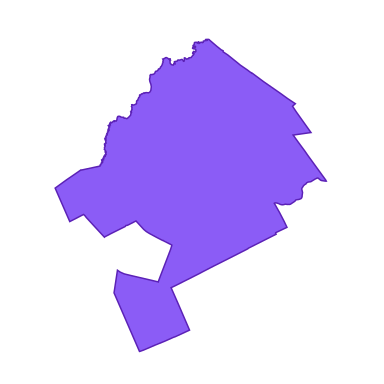 outline of Cosmesti, Teleorman, Romania, rotated 260°
{"feature_id": "2599482B87533780865564", "entity_name": "Cosmesti", "entity_type": "district", "adm_level": 2, "iso_a3": "ROU", "parent_name": "Romania", "parent_adm1": "Teleorman", "projection": "equal_earth", "projection_center": [25.395, 44.317], "detail": "fine", "context": "isolated", "style": "filled", "palette": "violet", "viewbox_px": 384, "rotation_deg": 260, "n_neighbors": 0, "source": "geoboundaries", "source_scale": "gbopen_adm2", "svg_char_len": 6078}
<svg xmlns="http://www.w3.org/2000/svg" viewBox="0 0 384 384"><g transform="rotate(260 192 192)"><path d="M106.2,97.7L44.1,112.6L44.1,113.1L44.7,116.7L47.6,129.0L49.8,139.3L52.1,148.5L52.4,150.4L56.4,165.6L83.0,159.3L101.4,154.8L102.5,158.8L110.5,185.4L111.6,188.7L115.2,200.2L117.6,208.3L126.4,237.2L126.6,237.3L126.8,237.6L135.8,267.5L137.0,267.1L137.3,267.3L137.5,267.7L140.7,279.4L147.2,277.6L156.4,274.7L166.6,271.1L166.8,271.7L166.8,272.4L166.5,273.4L165.5,275.4L164.5,276.7L163.8,278.3L163.6,279.7L163.8,281.9L163.2,283.6L163.1,284.5L162.8,285.8L162.9,286.9L164.8,291.2L165.4,292.2L166.0,292.6L166.2,293.7L166.1,295.8L166.2,296.6L166.5,298.1L167.1,298.9L168.2,299.6L168.9,299.7L172.3,300.8L175.7,300.6L176.5,300.8L178.9,303.0L179.8,304.5L180.1,305.5L181.2,306.6L181.6,308.1L181.5,310.8L183.4,315.6L184.0,317.8L183.7,318.7L181.4,320.6L180.8,321.5L179.5,325.4L179.4,326.1L180.5,325.8L208.2,312.3L213.0,310.1L222.2,305.5L230.5,301.5L229.9,319.5L252.8,308.6L259.0,305.9L261.0,309.1L267.4,302.4L273.3,296.7L288.3,281.6L298.6,271.9L299.0,271.4L298.8,271.3L299.6,270.5L302.9,267.4L308.6,261.6L311.2,259.4L320.8,251.0L324.6,247.0L325.7,247.2L326.9,245.5L329.9,242.9L330.5,242.3L338.8,235.5L339.1,235.4L339.6,234.3L339.6,233.6L338.7,233.3L338.6,233.0L339.8,232.6L339.9,232.3L339.8,232.0L339.6,231.7L338.7,231.2L338.6,230.8L338.7,229.8L338.5,229.2L337.5,229.0L337.3,228.5L337.4,227.9L337.9,227.3L338.0,226.9L337.2,225.0L338.3,225.0L338.8,224.4L338.7,224.1L337.9,223.9L337.6,223.6L337.7,223.2L338.5,222.6L338.8,222.1L338.8,220.5L338.4,220.2L337.0,219.8L336.7,219.5L336.1,218.5L335.7,218.3L335.4,218.5L335.2,218.8L335.0,220.4L334.6,220.7L334.2,220.7L333.9,220.4L333.9,220.1L334.3,219.3L334.4,218.5L334.2,217.9L333.6,217.5L333.3,217.6L332.8,218.2L332.3,219.8L332.0,220.2L331.8,220.4L331.0,220.4L330.1,220.3L329.6,220.1L329.3,219.4L329.4,219.1L330.1,218.5L330.2,218.1L330.0,217.8L329.0,216.9L328.5,216.7L328.2,216.8L328.3,217.5L328.2,217.8L328.0,218.0L327.6,217.9L326.5,216.9L326.1,216.1L325.6,215.7L325.3,215.3L324.6,214.6L324.7,212.3L323.9,211.9L324.1,211.3L323.8,209.9L324.0,209.5L325.2,208.5L325.4,208.2L325.4,207.8L324.9,207.6L323.5,207.5L322.3,207.0L322.1,206.7L322.2,206.3L323.6,205.8L324.3,205.2L324.3,204.2L324.0,202.9L324.3,202.0L324.4,201.0L324.2,200.7L323.7,200.4L323.5,200.0L323.4,199.3L323.5,198.0L323.4,197.3L323.2,197.2L322.0,197.6L321.3,197.6L321.4,197.4L321.9,196.8L321.9,196.6L321.7,196.4L320.6,196.1L320.3,195.7L320.3,195.4L321.1,193.7L321.6,193.6L322.3,192.9L323.6,192.9L324.2,193.1L325.2,192.9L325.4,193.0L325.6,193.7L325.8,193.6L325.9,193.3L326.8,193.7L327.0,193.6L327.1,193.2L326.8,192.6L326.8,192.3L327.7,191.6L328.7,190.4L328.9,189.8L328.8,189.0L328.3,188.2L328.3,187.6L328.0,187.2L328.0,186.3L326.8,186.7L326.2,186.4L325.9,186.0L325.0,186.1L324.5,185.9L324.0,185.3L323.0,185.1L321.8,184.1L320.9,183.5L320.7,182.9L320.4,182.6L319.2,181.9L318.9,181.2L319.0,180.4L317.9,179.6L317.5,179.2L317.1,177.9L317.2,177.3L317.1,177.0L315.5,176.0L314.7,174.8L314.6,174.2L314.7,173.4L314.5,172.8L314.9,171.9L314.5,171.2L313.6,170.7L312.8,170.8L310.8,169.9L310.0,169.7L308.1,169.7L305.2,170.2L302.7,170.2L299.2,169.1L297.8,167.9L297.3,166.8L297.3,166.2L297.9,164.0L297.8,163.2L297.5,162.5L298.0,162.1L298.0,161.8L297.3,160.2L297.4,159.3L296.6,158.3L296.7,157.4L296.5,157.2L296.0,157.3L295.8,157.1L294.9,157.0L294.3,155.9L293.3,155.4L292.6,154.8L291.6,154.4L291.6,153.7L291.1,153.2L288.7,152.7L288.4,152.4L288.4,151.7L288.0,151.0L287.8,149.6L287.9,149.2L288.4,148.3L288.4,147.8L287.3,147.8L286.7,147.2L285.6,147.6L285.1,147.3L283.7,147.3L283.5,146.9L282.9,146.8L282.4,146.2L281.2,146.2L281.4,145.6L280.1,145.7L279.4,145.2L278.3,144.9L278.0,144.4L277.3,143.6L275.7,141.1L275.6,140.8L275.7,140.1L276.3,139.3L276.3,138.3L276.6,137.8L277.3,137.8L277.5,137.6L277.6,136.7L277.9,135.6L278.3,134.8L278.6,134.7L279.0,134.1L279.2,133.6L279.0,133.0L279.4,132.5L279.1,131.9L278.6,131.5L277.3,130.9L276.4,130.7L275.1,129.8L275.0,129.4L275.3,129.0L275.6,128.2L275.4,128.0L274.9,127.8L274.9,127.6L275.1,127.4L275.6,127.4L275.6,127.2L274.3,125.3L274.4,124.8L274.7,124.4L274.8,124.1L274.1,124.0L274.3,123.4L273.8,123.3L273.6,122.8L273.3,122.7L272.7,123.2L272.2,123.2L272.3,122.0L272.0,121.1L271.8,121.2L271.5,121.7L271.4,122.2L271.3,122.3L270.5,122.2L270.5,121.5L270.4,121.3L269.8,121.5L269.4,121.4L268.4,120.3L268.1,120.4L268.0,121.0L267.3,121.1L267.2,120.9L267.5,120.6L267.3,119.9L267.0,119.9L266.7,120.3L266.4,120.3L265.7,119.2L265.1,119.4L264.9,119.3L264.5,118.8L264.4,118.3L264.2,118.2L263.5,118.5L263.1,118.5L262.9,118.3L263.0,117.7L262.9,117.5L262.3,117.4L261.6,116.7L261.0,116.9L260.2,116.7L260.2,115.8L260.0,115.5L259.8,115.6L259.7,116.2L259.6,116.3L259.3,116.3L259.2,115.7L258.6,115.4L258.5,115.6L258.8,116.1L258.6,116.3L257.8,116.3L257.3,115.9L256.7,115.9L256.3,115.7L255.2,115.9L255.2,115.3L254.8,115.0L254.6,114.3L254.4,114.1L254.2,114.1L253.8,114.7L253.3,114.7L253.1,114.6L253.2,114.1L252.6,114.1L252.3,114.4L252.1,114.4L251.5,114.1L251.2,113.6L250.5,113.4L249.4,113.5L249.1,113.1L247.5,114.1L247.3,114.1L246.8,113.5L246.6,113.6L246.3,114.3L246.1,114.2L245.8,113.7L245.4,114.1L245.1,113.7L243.8,113.9L243.7,113.7L243.9,113.3L243.8,112.9L243.1,113.1L242.5,112.9L242.9,112.4L242.9,112.0L242.7,112.0L242.4,112.4L242.0,112.3L242.0,112.0L242.3,111.8L242.1,111.3L241.5,111.4L241.1,110.7L240.3,111.0L240.0,110.9L239.9,110.6L240.2,110.1L240.1,109.9L239.3,110.2L239.4,109.4L239.3,108.6L238.9,108.6L238.9,109.2L238.3,109.5L238.1,109.4L238.3,109.0L237.8,108.7L237.7,108.8L237.5,109.3L236.9,109.2L236.5,108.8L236.7,108.1L236.6,107.9L235.7,107.8L235.3,107.0L234.4,106.7L234.2,106.4L234.3,106.1L233.6,106.0L233.5,105.7L232.8,86.5L233.0,86.4L225.7,70.4L219.6,57.9L184.1,66.5L188.7,81.3L187.3,82.4L185.2,83.5L162.7,97.9L163.0,98.3L165.2,105.3L169.6,120.2L170.5,121.2L170.4,122.4L170.7,123.7L173.2,131.8L163.5,138.0L161.0,140.1L158.5,142.9L153.6,149.1L149.4,154.6L149.2,155.0L149.2,155.4L148.6,155.8L143.3,162.9L142.6,162.7L139.1,160.9L115.1,146.5L109.7,143.3L109.3,143.2L120.5,117.0L123.1,111.1L125.5,107.5L127.9,105.0L106.2,97.7Z" fill="#8b5cf6" stroke="#5b21b6" stroke-width="1.5"/></g></svg>